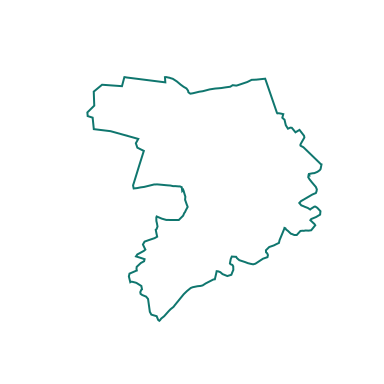 Abu Hammad, Ash Sharqiyah, Egypt (Mercator projection), rotated 201°
{"feature_id": "37247803B30253280006981", "entity_name": "Abu Hammad", "entity_type": "district", "adm_level": 2, "iso_a3": "EGY", "parent_name": "Egypt", "parent_adm1": "Ash Sharqiyah", "projection": "mercator", "projection_center": [31.677, 30.543], "detail": "fine", "context": "isolated", "style": "outline", "palette": "teal", "viewbox_px": 384, "rotation_deg": 201, "n_neighbors": 0, "source": "geoboundaries", "source_scale": "gbopen_adm2", "svg_char_len": 3516}
<svg xmlns="http://www.w3.org/2000/svg" viewBox="0 0 384 384"><g transform="rotate(201 192 192)"><path d="M203.9,79.2L203.5,78.5L201.6,78.0L198.0,77.9L197.4,77.9L194.7,76.4L188.4,65.0L187.1,63.9L186.1,63.0L185.2,63.0L180.5,63.4L177.8,60.5L176.4,60.0L175.9,60.9L175.4,62.8L173.5,66.0L171.0,72.6L170.0,74.9L168.1,78.1L167.4,80.5L163.1,93.6L162.6,94.7L161.2,97.7L158.8,101.9L157.3,103.3L153.1,106.0L150.3,107.4L148.6,108.6L146.5,111.5L140.7,118.0L139.4,118.7L140.2,124.5L140.6,126.9L139.2,127.3L136.8,127.3L134.1,126.3L128.9,126.2L125.6,128.8L125.6,131.3L125.5,134.1L126.9,137.4L128.2,138.4L130.1,138.4L131.0,138.9L131.8,143.2L131.7,146.0L128.8,146.9L127.6,147.3L126.2,146.3L124.8,145.8L123.4,145.3L117.4,145.6L114.1,145.6L113.6,145.7L111.8,145.9L109.0,146.4L107.1,147.8L101.8,155.2L98.2,158.2L98.5,160.3L99.8,161.7L101.2,162.2L101.7,163.2L102.1,164.1L100.2,168.3L96.4,171.5L94.7,173.4L92.6,175.6L93.0,178.5L92.8,185.4L92.7,190.6L92.8,191.6L91.8,191.6L91.3,191.1L90.4,190.6L88.6,190.1L86.2,189.1L84.7,188.5L83.5,188.6L81.1,188.5L78.8,189.4L76.8,194.5L75.0,195.4L73.6,195.9L72.1,196.8L71.2,197.1L69.3,197.7L67.0,199.0L65.0,205.1L66.4,206.1L67.8,206.6L71.4,208.1L71.0,209.5L67.2,213.1L64.3,216.8L65.2,220.1L69.3,222.1L71.6,222.6L72.5,222.2L74.9,219.0L75.4,218.0L78.2,218.6L81.5,218.6L82.8,218.7L85.2,218.7L87.0,219.7L87.9,220.2L87.0,222.5L78.8,232.7L77.9,233.6L76.0,235.4L76.0,237.3L76.4,239.2L78.2,241.1L83.7,244.1L86.9,246.0L88.8,247.5L89.2,249.4L88.4,249.5L89.2,250.8L86.3,252.6L84.5,253.5L82.1,255.8L80.6,258.1L80.2,259.5L80.6,261.9L81.0,264.2L81.9,264.2L82.9,264.7L104.0,273.7L107.2,274.1L107.7,274.7L107.7,276.1L107.3,278.7L106.6,283.1L107.5,284.6L113.9,288.5L116.8,284.8L121.8,287.7L123.3,287.3L125.1,285.5L128.3,287.9L129.9,290.2L131.5,292.6L134.3,293.7L134.7,297.4L137.4,297.0L139.3,296.6L140.5,296.0L141.1,296.4L163.0,322.5L163.9,323.5L164.3,324.0L172.3,319.9L176.5,318.1L179.8,314.5L187.8,307.9L188.8,307.2L192.3,306.3L194.0,304.0L198.2,301.7L202.0,299.5L207.6,296.8L212.3,294.1L218.0,290.0L221.2,288.2L226.4,284.6L227.9,283.7L228.8,283.2L229.7,283.4L231.1,283.8L232.0,285.2L234.3,286.7L237.5,287.2L241.2,288.2L242.6,288.7L245.8,289.8L250.5,290.8L252.9,290.6L253.8,290.6L254.6,290.5L254.8,290.4L255.6,290.3L257.4,290.0L258.4,289.5L256.2,284.8L294.0,275.5L295.7,275.2L296.3,275.0L295.3,265.7L299.6,264.4L314.4,259.9L319.7,250.5L317.7,245.8L314.2,237.6L318.2,228.8L316.6,225.5L311.4,225.8L306.2,215.5L289.8,219.6L270.9,221.4L261.2,222.3L261.9,217.4L258.9,213.8L251.7,213.1L250.8,198.3L249.8,183.6L249.5,178.9L249.5,178.5L249.4,177.1L248.8,176.1L248.1,175.0L247.7,174.4L244.6,176.0L241.8,177.8L238.5,179.6L230.0,185.5L226.7,186.8L222.8,187.9L217.4,189.4L214.5,190.3L211.7,190.7L209.4,191.6L206.6,192.4L205.2,192.9L203.3,192.8L201.5,189.5L201.0,190.9L200.1,189.9L198.3,187.5L196.5,185.2L195.7,182.3L192.9,179.0L192.4,178.4L191.1,177.0L190.7,176.5L191.2,172.8L191.3,170.9L191.5,170.1L191.7,169.5L191.8,166.7L193.3,163.4L194.3,161.1L199.3,159.2L206.0,156.7L210.6,156.3L216.2,156.5L216.2,155.5L214.9,152.2L213.6,150.3L211.8,147.4L211.8,144.6L212.3,143.7L210.4,140.7L208.5,137.8L210.4,135.5L212.7,133.6L215.0,131.7L218.5,128.7L219.0,125.4L218.5,124.9L214.9,121.5L215.9,119.7L218.7,116.4L220.7,114.1L221.2,111.8L216.5,112.1L212.2,112.3L211.9,110.2L214.3,107.4L216.8,102.3L216.3,100.4L215.4,98.9L215.9,98.5L217.3,97.1L221.1,93.4L220.9,92.1L220.7,90.6L217.3,85.7L216.8,86.4L215.4,86.8L212.1,87.2L211.2,87.2L205.6,86.1L203.8,83.2L204.3,82.3L204.4,80.0L203.9,79.2Z" fill="none" stroke="#0f766e" stroke-width="2"/></g></svg>